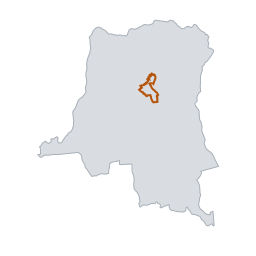 Opala, Orientale, Democratic Republic of the Congo shown in context, rotated 355°
{"feature_id": "63176286B48725841971461", "entity_name": "Opala", "entity_type": "district", "adm_level": 2, "iso_a3": "COD", "parent_name": "Democratic Republic of the Congo", "parent_adm1": "Orientale", "projection": "natural_earth1", "projection_center": [24.381, -0.71], "detail": "fine", "context": "in_parent", "style": "outline", "palette": "amber", "viewbox_px": 256, "rotation_deg": 355, "n_neighbors": 0, "source": "geoboundaries", "source_scale": "gbopen_adm2", "svg_char_len": 6583}
<svg xmlns="http://www.w3.org/2000/svg" viewBox="0 0 256 256"><g transform="rotate(355 128 128)"><path d="M214.8,174.1L196.9,177.4L197.3,178.5L197.1,179.8L196.7,180.7L194.8,183.3L192.1,185.6L192.1,186.2L193.5,188.8L194.3,192.4L194.1,198.8L194.4,200.5L194.4,201.8L193.5,203.3L191.6,210.9L192.8,214.6L196.3,218.1L198.4,220.6L201.9,221.6L202.4,221.4L202.6,219.3L205.4,218.5L205.3,232.1L205.1,232.8L204.6,233.0L204.0,232.6L203.8,231.3L203.0,230.7L199.6,232.4L198.8,232.4L197.8,232.1L197.2,231.4L197.0,230.3L194.6,226.4L193.4,226.1L192.1,222.5L186.8,219.9L184.7,219.7L183.7,218.9L182.6,216.1L180.9,214.3L180.5,212.3L180.1,212.0L179.0,212.4L178.1,215.6L176.9,216.3L174.7,216.4L169.2,215.5L165.3,213.9L164.3,214.0L162.7,212.5L162.1,210.1L162.4,208.2L162.1,207.9L156.2,209.5L154.7,210.4L153.4,210.2L153.0,209.7L153.6,208.4L153.3,207.0L152.8,206.3L151.1,205.8L150.5,204.3L149.4,204.1L149.1,204.3L148.8,205.3L148.2,205.7L144.6,205.2L140.9,206.5L135.9,206.1L133.6,207.7L133.2,207.7L132.7,206.9L132.2,204.3L132.5,203.6L133.2,203.1L133.5,202.1L133.2,199.4L133.4,198.8L133.1,197.2L132.4,194.8L131.4,192.8L129.1,189.8L128.7,188.4L128.8,185.0L129.6,179.7L129.5,175.7L128.5,173.2L128.3,170.4L128.9,165.4L128.3,164.2L117.0,163.8L116.5,163.5L116.3,162.8L116.8,159.8L109.9,160.6L107.9,161.1L106.6,162.3L106.2,163.9L106.1,166.0L105.1,168.1L104.8,171.5L102.9,171.9L101.0,171.9L97.3,171.2L93.7,172.2L92.0,173.1L91.1,172.7L87.9,173.0L87.4,172.8L83.7,165.9L82.1,163.6L81.8,162.5L81.9,161.4L81.4,160.0L79.7,156.5L79.4,154.8L79.5,152.2L79.3,151.4L77.7,149.1L76.7,148.4L75.6,148.0L57.0,148.3L50.9,147.9L46.5,148.2L44.2,148.0L43.6,147.7L41.5,148.2L40.5,149.1L38.9,149.6L37.9,149.4L35.9,146.8L38.6,146.4L38.7,146.1L38.9,140.0L38.2,139.1L39.6,138.1L41.8,135.4L44.0,134.4L44.3,133.9L44.8,133.9L45.6,135.1L47.5,136.5L49.9,135.2L50.1,134.9L50.4,132.2L51.0,132.0L52.0,132.6L52.6,132.6L53.6,131.8L56.6,130.5L57.5,132.2L56.7,133.7L57.0,134.8L57.1,136.5L57.6,136.8L60.0,137.0L60.7,136.6L65.4,130.6L66.6,129.9L68.6,127.5L71.2,126.4L72.3,124.5L73.8,121.2L74.5,116.3L74.3,107.9L74.5,106.8L77.6,103.0L80.9,96.1L83.1,94.3L84.7,93.6L87.3,91.1L89.3,88.5L89.0,85.5L89.5,83.0L90.6,79.8L91.0,76.4L90.6,72.8L90.8,69.9L92.3,65.2L92.4,59.9L93.8,55.4L96.5,49.7L97.8,45.4L97.5,41.3L97.9,38.2L97.8,36.4L97.3,34.8L97.5,33.8L98.5,33.4L99.8,31.8L102.1,27.7L104.6,25.7L106.3,25.0L108.1,25.1L109.2,25.5L111.1,27.1L113.3,28.4L114.9,30.0L116.5,32.5L120.3,33.0L122.0,33.9L123.0,34.3L123.3,34.0L124.1,34.2L125.9,34.9L127.4,34.5L134.5,36.2L135.3,35.3L137.3,31.0L138.8,29.6L141.2,29.4L143.1,30.2L144.1,30.2L152.8,26.5L154.0,26.4L157.1,27.3L159.2,26.7L160.0,26.8L161.8,26.2L163.3,23.6L164.5,23.0L177.0,25.8L178.9,24.4L179.8,24.3L182.6,25.3L183.5,26.8L185.1,28.2L186.3,30.5L188.2,31.7L189.1,32.9L190.2,33.7L192.5,34.0L195.4,32.0L197.5,32.2L199.5,33.3L200.2,33.3L201.8,32.1L202.6,30.8L203.4,30.5L204.6,31.1L205.6,32.3L206.4,34.0L209.6,37.9L212.6,39.5L213.4,41.9L214.5,41.6L215.0,41.9L215.8,43.4L216.4,43.7L216.5,44.3L215.7,45.7L215.0,48.4L215.9,50.0L215.2,52.5L214.8,54.9L215.8,55.6L217.0,55.5L218.2,56.8L219.1,57.0L220.1,58.4L219.8,59.5L216.9,63.6L212.4,68.6L210.8,69.2L210.1,70.1L209.5,71.5L208.2,72.7L207.2,73.2L207.1,76.8L205.6,80.5L205.0,81.3L204.2,87.3L204.3,88.4L203.5,93.3L203.7,97.9L201.5,99.4L200.0,101.6L199.3,103.2L199.3,107.0L196.9,109.3L196.7,109.8L197.3,112.4L198.2,112.8L198.2,113.7L200.2,116.6L200.1,125.3L200.2,126.2L201.2,128.2L201.9,132.2L201.2,137.2L203.9,146.4L202.6,149.8L203.2,153.0L204.8,156.4L208.7,159.8L209.7,161.1L210.6,163.0L211.5,165.9L214.8,174.1Z" fill="#d9dde1" stroke="#a8b0b8" stroke-width="1"/><path d="M154.0,101.6L154.1,101.8L154.3,102.3L154.5,102.8L154.6,103.3L154.7,103.7L154.9,103.8L155.3,104.1L155.5,104.6L159.2,104.6L159.3,104.5L159.6,104.4L159.5,104.2L159.7,103.9L159.7,103.7L159.6,103.4L159.5,103.2L159.5,102.9L159.6,102.7L159.6,102.4L159.7,102.2L159.8,102.0L159.8,101.9L159.9,101.6L159.9,101.4L159.8,101.2L159.7,101.0L159.7,100.8L159.6,100.6L159.5,100.4L159.6,100.2L159.8,100.0L159.8,99.7L159.8,99.4L159.7,99.4L159.6,99.2L159.5,98.9L159.4,98.8L159.4,98.7L159.5,98.5L159.7,98.4L159.8,98.3L160.0,98.3L160.2,98.2L160.3,98.2L160.5,97.8L160.6,97.7L160.8,97.6L160.5,97.2L160.4,96.7L160.2,95.9L160.0,95.5L159.5,95.1L159.1,94.6L158.6,94.2L158.2,93.5L157.6,92.8L157.0,92.2L156.2,91.7L155.9,91.2L155.6,90.7L155.4,90.4L155.2,90.1L154.9,89.4L154.8,88.9L154.6,88.1L154.3,87.8L154.2,87.7L154.1,87.4L153.8,87.0L153.7,86.3L153.4,85.9L153.3,85.7L153.6,85.6L153.8,85.4L154.1,85.4L154.4,85.4L156.9,85.8L157.1,85.9L157.2,86.1L158.6,83.1L159.0,82.3L159.4,81.4L159.6,81.0L159.7,80.9L159.7,80.6L159.7,79.3L159.6,78.6L159.4,78.3L159.4,78.0L159.4,77.8L159.3,77.7L159.2,77.5L159.1,77.3L159.0,77.2L158.8,77.2L158.4,77.2L158.1,76.9L157.1,76.4L157.1,76.5L156.8,76.2L156.7,76.1L156.5,76.7L156.4,76.9L156.3,77.0L156.1,77.6L155.9,77.8L155.0,78.5L154.8,78.6L154.5,78.5L154.5,78.4L154.6,78.2L155.0,77.8L155.1,77.7L155.3,77.7L155.5,77.6L155.8,77.3L155.8,77.2L155.7,76.9L155.7,76.7L155.6,76.4L155.4,76.5L155.2,76.7L154.9,77.0L154.5,77.0L154.2,77.0L153.9,77.7L153.9,78.0L153.8,78.3L153.7,79.1L153.2,78.6L153.0,78.1L153.0,78.5L152.8,79.6L152.8,79.8L152.7,80.1L152.6,80.3L152.7,80.5L152.4,80.3L152.2,80.3L151.9,80.6L151.6,81.0L151.4,81.2L151.4,81.4L151.6,81.6L152.0,82.1L152.2,82.3L152.3,82.4L152.3,82.5L152.4,82.9L152.3,83.0L151.4,83.7L151.4,83.8L151.2,83.9L151.2,84.0L150.8,84.3L150.5,84.2L150.3,84.2L150.1,84.3L149.9,84.4L149.9,84.5L150.0,84.8L150.2,85.3L149.9,85.3L149.7,85.4L149.3,85.4L149.2,85.5L149.2,85.4L148.9,85.6L148.7,85.7L148.5,85.8L148.4,85.8L148.3,85.7L148.2,85.6L147.8,86.0L147.6,86.1L147.4,86.5L147.2,86.6L146.7,86.8L146.3,86.8L146.0,86.8L145.4,86.8L145.2,86.8L145.1,86.7L144.9,86.7L144.7,86.9L144.3,86.9L144.0,87.0L144.3,87.4L144.5,87.5L144.5,87.9L144.6,88.2L144.6,88.5L144.9,88.8L145.0,88.8L145.2,89.0L145.3,89.1L145.2,89.3L144.9,89.4L144.7,89.5L144.3,89.6L144.2,89.7L143.9,89.7L143.8,89.9L143.7,90.0L143.4,90.1L143.2,90.3L143.2,90.5L143.1,90.8L142.9,90.8L142.7,90.7L142.5,90.8L142.8,91.2L143.0,91.2L143.0,91.5L143.4,91.8L143.5,91.9L143.5,92.0L143.8,92.5L144.2,92.7L144.3,92.8L144.6,93.1L144.9,93.3L145.0,93.4L145.3,93.5L145.5,93.6L146.0,93.7L146.5,94.1L146.5,94.4L146.5,94.7L146.3,95.1L146.4,95.3L146.6,95.3L146.9,95.3L147.1,95.4L147.4,95.5L147.5,95.6L147.8,95.7L147.8,96.0L148.0,96.2L148.2,96.4L148.2,96.5L148.3,96.8L148.7,97.1L148.8,97.2L148.9,97.4L149.1,97.8L149.3,97.8L149.3,97.7L149.5,97.5L149.8,97.5L149.8,97.4L150.0,97.3L150.2,97.2L150.3,97.2L151.0,97.2L152.3,97.2L153.2,97.2L153.3,98.0L153.5,98.3L153.6,99.3L153.7,100.6L153.7,100.9L153.8,101.1L154.0,101.6Z" fill="none" stroke="#b45309" stroke-width="2"/></g></svg>